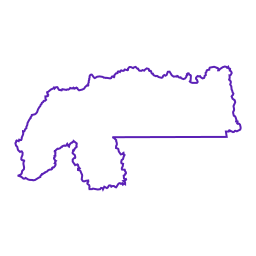 Parauapebas, Pará, Brazil
{"feature_id": "56859067B78091380909488", "entity_name": "Parauapebas", "entity_type": "district", "adm_level": 2, "iso_a3": "BRA", "parent_name": "Brazil", "parent_adm1": "Pará", "projection": "natural_earth1", "projection_center": [-50.55, -6.199], "detail": "fine", "context": "isolated", "style": "outline", "palette": "violet", "viewbox_px": 256, "rotation_deg": 0, "n_neighbors": 0, "source": "geoboundaries", "source_scale": "gbopen_adm2", "svg_char_len": 5672}
<svg xmlns="http://www.w3.org/2000/svg" viewBox="0 0 256 256"><path d="M125.1,184.2L125.1,182.7L124.8,181.8L123.8,181.5L123.4,181.0L124.5,180.9L126.1,179.6L125.9,179.0L125.3,179.2L124.0,178.6L123.7,175.6L124.7,175.1L125.3,173.7L125.9,173.5L125.9,172.3L125.1,171.2L124.7,169.7L122.1,169.6L121.8,168.9L121.9,167.8L122.7,166.4L123.1,163.8L121.5,163.3L121.2,162.1L121.6,160.1L123.0,159.1L123.7,156.6L124.5,155.1L123.9,154.8L123.5,152.9L122.9,153.3L122.8,154.0L120.8,154.4L118.8,151.5L118.3,149.0L117.8,148.6L116.0,148.0L116.1,146.0L116.5,145.5L116.9,144.1L116.6,142.1L116.2,141.5L116.2,140.1L113.9,137.9L112.4,137.2L226.7,136.9L225.9,131.5L228.6,131.5L229.1,130.4L229.6,130.3L230.2,131.1L230.6,130.9L233.0,132.1L234.1,131.8L234.8,130.9L235.4,130.8L236.9,131.3L240.2,129.6L240.6,128.4L240.6,127.2L240.0,124.7L239.2,123.8L237.6,123.8L237.1,123.2L237.7,122.0L237.5,121.3L236.1,121.3L236.4,119.9L235.6,117.3L234.9,116.2L233.8,115.7L233.2,113.2L233.1,112.2L233.3,111.4L233.9,110.7L234.1,109.2L233.5,106.1L235.2,102.3L235.0,101.0L234.5,100.5L234.5,100.0L232.6,98.8L231.6,96.4L232.6,95.1L233.0,94.9L233.4,93.5L232.6,92.4L232.1,90.3L231.6,89.6L231.3,86.3L230.2,84.5L230.8,82.7L230.8,81.7L230.2,80.5L229.7,80.4L229.1,79.6L229.7,78.0L229.5,75.4L230.0,75.5L230.8,74.8L231.7,73.0L231.2,71.6L230.5,70.9L229.8,70.6L230.1,68.9L229.6,68.5L228.8,68.5L228.2,66.8L227.7,67.3L227.7,67.9L227.2,67.9L226.3,66.9L224.9,66.5L222.7,67.2L219.9,69.1L219.0,70.3L218.2,70.3L218.4,69.3L218.1,68.4L217.4,67.9L216.6,67.9L216.0,67.4L214.1,66.8L209.9,67.6L209.4,68.3L209.3,69.7L207.2,70.1L206.7,70.5L206.5,71.8L205.6,72.8L205.8,75.1L204.6,75.9L204.4,77.3L204.0,78.0L202.5,78.4L200.6,77.1L200.0,76.1L199.0,76.5L197.8,76.0L197.2,76.4L196.1,77.6L196.0,78.8L197.0,79.9L197.7,81.9L196.9,82.9L196.2,82.9L192.4,82.9L190.5,82.2L189.8,81.4L190.6,80.4L190.9,75.8L190.4,75.0L189.3,74.7L188.7,73.4L188.0,73.3L186.9,74.1L187.1,75.3L186.3,76.0L186.4,76.6L186.1,77.2L184.9,78.6L183.4,79.1L181.2,78.2L180.6,77.3L179.3,77.6L178.1,76.7L177.8,76.1L177.2,75.9L176.7,76.6L176.0,76.4L173.6,76.6L171.8,75.3L169.6,71.7L168.8,71.7L167.8,71.8L166.6,75.0L165.4,75.7L164.3,75.0L163.2,75.8L162.5,77.4L161.6,77.8L158.4,77.0L157.7,76.2L156.9,75.9L155.9,76.2L153.6,75.2L152.9,73.7L152.3,73.8L151.4,72.8L151.1,71.3L150.6,70.8L149.5,71.0L149.0,70.5L148.9,69.3L148.5,68.9L146.7,68.4L144.6,70.0L144.2,70.6L142.5,70.1L141.4,70.8L139.6,70.7L139.0,70.4L138.1,68.7L137.5,68.8L135.6,66.9L134.1,67.3L133.1,68.1L131.0,67.1L129.7,67.0L129.1,67.3L128.0,68.7L128.0,69.9L127.6,70.2L124.7,69.5L123.7,70.8L121.8,70.8L121.4,70.4L120.9,70.5L120.1,71.3L119.9,72.0L118.2,71.4L117.7,71.9L117.5,73.1L115.9,73.4L114.2,75.5L114.3,76.8L114.0,77.2L112.4,76.4L111.9,76.6L111.1,78.1L110.1,78.4L106.6,77.8L105.9,78.0L104.8,77.6L103.9,77.7L102.7,76.9L99.6,76.4L97.2,76.7L94.8,78.1L93.9,77.5L92.2,75.1L91.7,74.6L91.1,74.6L90.4,74.9L89.6,76.1L89.6,77.6L89.1,78.9L89.3,79.5L88.7,81.0L88.8,82.4L88.2,83.4L88.3,85.3L87.9,85.7L87.0,85.3L85.0,87.2L84.2,88.6L82.2,89.6L79.1,90.3L77.7,89.1L77.3,88.1L76.4,87.6L76.0,88.0L74.8,88.1L74.6,88.7L74.1,88.7L73.4,87.7L72.1,88.5L70.2,87.9L69.7,88.8L68.3,89.6L67.2,89.4L66.4,89.9L62.3,89.2L61.7,90.3L61.0,90.3L60.2,89.9L59.3,90.0L58.8,89.6L57.4,87.2L56.3,87.2L55.6,87.4L54.5,88.6L53.9,87.6L53.3,88.4L50.9,89.5L48.2,91.8L47.2,92.1L47.1,92.7L48.2,94.8L47.6,95.2L47.8,96.0L47.2,96.3L45.4,96.4L45.5,98.8L46.1,99.8L45.0,100.8L44.0,100.8L43.4,101.3L43.2,102.0L41.9,102.8L41.5,104.1L40.7,104.7L40.2,106.3L39.4,107.0L38.0,109.4L37.1,112.1L36.1,113.4L34.9,114.3L31.8,115.0L31.6,116.1L30.5,117.5L30.7,118.0L29.4,119.5L27.5,123.1L27.3,124.9L26.3,127.0L26.4,128.2L25.1,129.3L24.5,131.0L24.0,131.4L23.0,131.2L23.0,132.1L23.3,132.6L23.1,134.4L21.7,137.7L21.7,138.8L21.2,140.0L20.2,140.1L19.2,139.7L18.7,141.2L16.6,140.5L16.2,141.0L16.0,142.3L15.4,143.1L16.0,145.6L17.2,146.7L17.9,149.6L18.3,150.3L20.0,151.9L21.2,151.3L21.7,151.3L22.6,152.8L22.5,155.0L21.4,157.6L21.3,159.4L22.0,160.1L23.9,160.4L24.2,160.9L23.6,161.9L23.4,163.8L24.1,167.4L23.9,169.2L22.2,170.9L21.7,173.4L21.4,173.9L20.2,174.8L17.7,175.8L19.5,176.0L20.4,176.6L21.1,176.6L23.4,178.6L24.8,178.6L25.6,177.9L28.2,179.5L29.7,179.9L32.5,180.0L33.1,180.3L35.0,180.0L38.7,177.7L40.3,177.0L40.3,176.4L40.9,175.3L41.6,175.0L42.0,174.0L42.8,174.0L43.5,173.3L44.6,173.0L44.9,172.4L47.2,171.4L48.1,170.3L49.7,169.6L51.3,169.5L52.0,169.0L52.1,167.9L52.8,167.4L53.4,167.6L53.9,167.3L55.2,165.7L55.6,164.7L55.4,163.8L54.8,163.4L55.4,162.9L55.0,162.4L55.2,161.6L55.9,160.9L55.1,160.4L54.0,158.6L54.1,157.7L54.6,157.4L54.5,155.9L55.4,155.7L55.2,153.7L55.5,153.0L55.2,151.9L54.7,151.6L54.8,151.0L55.4,151.0L55.8,150.2L57.5,148.7L58.1,148.9L60.0,148.3L61.1,147.2L61.8,147.1L62.3,146.2L64.3,145.5L65.0,145.9L66.0,145.7L67.2,143.9L68.4,146.2L69.0,146.6L69.2,145.6L69.0,144.8L69.9,144.4L70.2,143.7L71.4,142.8L72.2,142.6L72.5,142.0L73.4,141.8L73.6,141.0L76.7,143.4L76.5,144.0L76.7,144.8L76.3,145.9L76.7,146.8L75.0,148.3L73.9,150.4L73.3,150.0L73.0,150.5L73.1,151.4L72.6,152.5L72.7,153.3L74.8,155.1L75.3,157.2L75.1,157.9L73.9,158.2L72.7,159.5L72.7,161.6L75.1,165.1L75.7,164.7L76.8,164.8L77.5,164.4L78.0,164.9L78.4,166.7L79.6,168.2L78.0,168.7L78.0,170.0L80.1,170.5L80.5,171.1L81.6,173.9L82.0,174.4L82.2,175.7L81.7,179.3L82.6,180.8L83.1,181.2L84.1,181.4L85.9,180.8L88.2,180.5L88.3,181.7L87.3,183.1L87.5,183.9L89.1,185.1L89.5,186.4L89.3,188.0L89.5,189.1L92.1,189.1L92.9,188.6L97.8,189.5L100.1,189.2L101.1,187.9L102.6,188.2L103.0,189.3L104.3,186.7L106.9,188.1L107.7,187.6L108.9,185.6L109.5,185.4L110.6,185.5L111.3,186.7L112.2,186.1L113.9,186.0L115.5,187.2L116.2,187.3L118.2,184.1L119.3,183.2L120.1,183.2L121.0,183.9L122.2,183.2L122.9,184.6L124.1,183.6L125.1,184.2Z" fill="none" stroke="#5b21b6" stroke-width="2"/></svg>